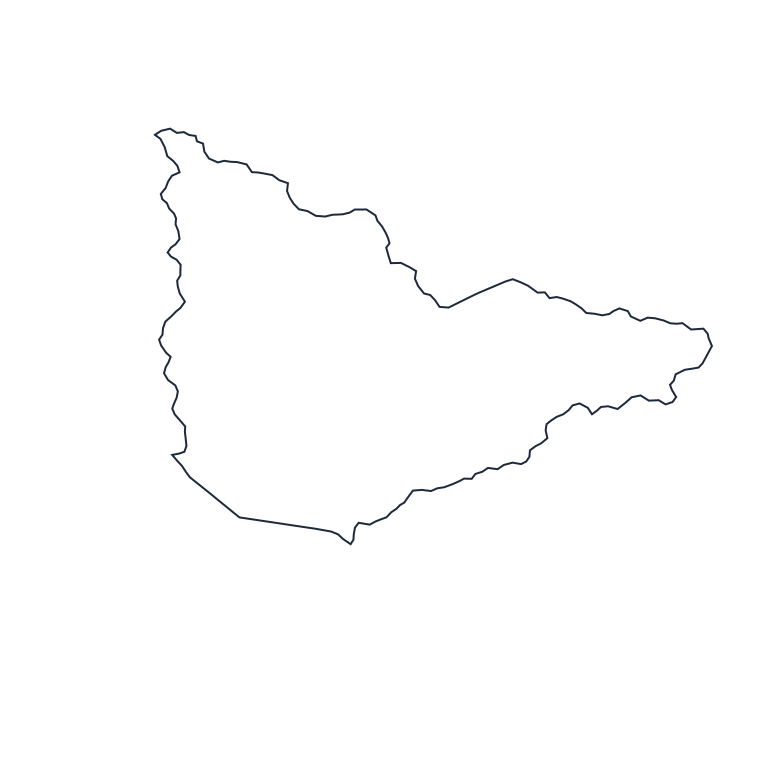 outline of Gaspar, Santa Catarina, Brazil, rotated 109°
{"feature_id": "56859067B46612924507045", "entity_name": "Gaspar", "entity_type": "district", "adm_level": 2, "iso_a3": "BRA", "parent_name": "Brazil", "parent_adm1": "Santa Catarina", "projection": "equal_earth", "projection_center": [-48.984, -26.919], "detail": "fine", "context": "isolated", "style": "outline", "palette": "slate", "viewbox_px": 768, "rotation_deg": 109, "n_neighbors": 0, "source": "geoboundaries", "source_scale": "gbopen_adm2", "svg_char_len": 2870}
<svg xmlns="http://www.w3.org/2000/svg" viewBox="0 0 768 768"><g transform="rotate(109 384 384)"><path d="M223.0,681.7L225.0,675.2L231.4,668.5L239.1,663.1L241.7,656.0L245.0,650.4L250.4,646.2L256.1,652.3L262.6,654.0L269.8,654.3L277.0,656.9L281.5,653.7L283.7,648.1L288.1,644.2L291.2,638.0L295.2,634.5L300.8,633.1L306.5,628.2L313.5,624.5L319.8,626.6L324.3,629.8L330.1,631.4L332.9,626.8L334.0,620.6L337.5,615.1L341.9,613.8L347.6,611.9L353.7,613.2L358.8,610.8L364.9,606.6L371.0,599.0L378.5,601.3L383.3,604.3L389.4,607.2L396.3,611.1L403.3,611.1L409.4,609.5L415.3,611.1L420.2,607.2L425.3,600.3L427.8,594.6L433.6,594.8L439.1,595.9L445.4,595.5L450.5,589.6L453.3,580.8L458.1,576.5L464.5,575.6L471.6,576.2L476.2,576.2L480.9,571.9L484.8,565.1L488.9,558.1L493.8,556.8L500.7,553.5L507.0,550.6L513.1,550.7L516.4,554.9L520.0,561.2L523.9,554.6L527.2,548.4L531.5,542.8L535.4,537.2L544.4,512.0L546.7,505.9L557.2,477.3L544.5,408.7L543.3,402.5L540.7,385.8L541.1,378.5L543.8,372.6L546.3,363.4L541.1,362.2L536.2,363.6L529.3,364.7L523.5,362.8L521.6,351.7L516.9,347.4L513.0,342.9L509.3,338.3L502.9,335.4L498.1,331.7L493.2,329.4L489.5,326.2L484.8,324.9L475.4,322.0L471.8,313.7L469.9,304.7L465.3,299.7L462.0,293.4L456.5,286.7L451.5,281.3L447.4,277.5L445.1,270.2L439.3,268.3L434.9,262.4L429.5,258.4L427.6,248.9L421.5,244.3L416.5,236.8L415.1,228.3L411.0,224.3L405.6,222.8L399.2,224.4L393.5,220.5L388.9,216.1L382.0,211.9L375.1,216.1L369.0,217.2L364.0,214.0L358.8,210.0L354.3,204.7L348.5,200.8L342.9,198.8L338.7,192.7L340.2,183.5L344.9,177.5L339.9,174.0L335.1,171.4L332.1,164.9L331.6,155.0L323.5,149.8L315.9,145.5L311.3,137.7L313.5,128.1L309.9,119.0L311.6,111.1L307.1,105.3L301.2,103.5L296.0,109.7L291.7,113.3L286.5,111.1L279.9,111.4L272.6,104.2L268.7,96.7L266.0,91.9L261.0,89.6L254.2,88.4L248.6,87.5L241.3,86.3L235.1,91.9L231.0,94.4L227.7,100.0L232.5,111.4L229.3,121.6L231.7,126.8L233.4,133.1L232.9,140.2L233.6,149.0L235.4,156.3L240.8,162.2L239.8,172.6L235.7,177.2L235.9,186.0L240.2,190.7L244.4,193.7L247.9,199.8L249.1,208.1L251.0,215.9L248.2,221.7L246.4,228.0L245.0,234.5L245.0,242.4L245.5,248.9L248.9,255.5L245.0,261.7L247.6,268.6L244.2,279.8L243.3,288.2L243.0,296.4L247.6,302.6L266.2,323.3L269.9,327.2L290.7,347.8L293.0,356.6L288.2,362.9L284.8,369.3L285.4,375.6L280.2,383.7L274.3,389.1L266.8,390.4L265.3,397.5L264.0,407.4L267.5,416.9L261.6,421.3L254.3,426.3L249.2,424.6L244.8,427.6L240.6,431.5L235.7,437.1L231.8,443.4L227.3,447.0L224.7,457.4L228.6,468.5L233.0,472.1L237.0,478.3L240.8,487.9L244.8,494.1L247.2,503.2L245.4,512.6L246.5,521.3L243.1,528.0L238.6,533.7L233.1,538.5L225.4,540.2L225.4,549.3L222.8,557.5L224.0,565.8L225.0,571.9L226.7,577.9L221.1,585.4L222.0,595.2L223.9,601.7L225.0,607.8L228.6,613.2L227.8,622.9L222.8,629.5L215.6,633.4L215.4,639.9L210.8,642.9L212.0,649.4L211.0,655.2L214.0,661.6L212.2,669.4L217.2,677.2L223.0,681.7Z" fill="none" stroke="#1e293b" stroke-width="2"/></g></svg>